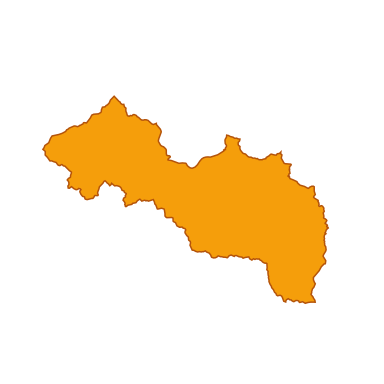 outline of Mae On, Chiang Mai, Thailand, rotated 111°
{"feature_id": "78962969B29655257456650", "entity_name": "Mae On", "entity_type": "district", "adm_level": 2, "iso_a3": "THA", "parent_name": "Thailand", "parent_adm1": "Chiang Mai", "projection": "albers", "projection_center": [99.293, 18.727], "detail": "fine", "context": "isolated", "style": "filled", "palette": "amber", "viewbox_px": 384, "rotation_deg": 111, "n_neighbors": 0, "source": "geoboundaries", "source_scale": "gbopen_adm2", "svg_char_len": 6038}
<svg xmlns="http://www.w3.org/2000/svg" viewBox="0 0 384 384"><g transform="rotate(111 192 192)"><path d="M130.5,299.0L135.4,301.1L138.6,301.2L141.0,302.2L141.9,303.1L143.6,303.7L144.9,306.0L147.9,306.0L149.3,305.5L150.4,305.6L152.5,307.3L154.6,311.6L156.1,313.1L159.5,313.5L165.3,315.2L165.9,317.7L166.3,318.1L167.8,318.3L168.6,319.3L169.7,320.0L170.1,320.8L171.1,321.3L172.0,322.2L172.2,324.4L172.6,325.7L176.4,329.6L177.7,330.2L178.9,331.3L180.8,331.7L183.7,334.2L186.0,336.9L189.8,342.7L192.5,343.3L197.4,343.4L201.3,346.0L203.7,346.0L205.6,346.5L206.4,344.2L206.8,343.5L210.1,342.3L211.5,339.3L213.9,335.8L213.2,334.1L213.3,332.2L213.1,329.5L214.8,326.9L214.9,325.7L214.7,324.8L213.2,323.7L213.0,323.0L213.7,321.4L213.4,319.9L216.0,314.1L216.6,311.7L217.6,311.4L220.1,311.3L221.7,310.8L222.7,311.4L223.5,312.2L225.5,312.8L226.4,311.1L227.6,310.2L229.3,309.6L230.9,310.0L232.7,309.0L232.4,307.8L230.2,306.4L231.2,303.5L231.4,301.1L231.1,300.4L230.3,299.5L229.3,299.1L229.1,297.4L229.6,296.5L230.9,296.9L232.0,296.8L234.0,294.8L235.3,292.6L235.1,290.6L236.5,289.6L236.9,289.1L236.7,287.2L236.3,286.6L234.0,283.4L233.5,282.2L231.9,281.7L230.5,281.6L230.0,281.3L229.3,279.0L228.9,278.5L228.2,278.6L227.1,279.6L225.8,280.0L222.7,280.0L220.4,280.3L215.7,278.3L213.7,278.0L212.7,277.2L213.5,275.2L214.1,274.3L214.3,273.1L215.6,271.0L214.1,270.2L212.7,270.2L214.0,266.4L213.0,264.5L212.8,262.1L213.1,260.6L213.8,259.5L215.5,257.9L215.4,255.9L216.6,254.9L217.0,252.9L217.4,252.7L219.3,253.0L220.4,252.3L222.3,253.6L224.4,253.4L225.2,251.8L226.5,250.4L228.0,250.2L228.4,249.4L229.3,249.1L229.4,248.8L229.1,248.1L227.3,247.1L225.1,243.7L223.9,243.4L222.1,240.5L219.8,239.9L217.5,238.3L217.4,237.9L218.5,235.6L216.7,233.4L216.6,232.6L216.8,231.8L216.1,231.1L216.1,229.3L212.9,225.4L214.7,223.6L216.5,222.4L217.2,221.0L220.2,218.4L220.2,217.8L218.1,214.7L217.9,212.1L218.1,211.7L221.8,209.5L224.1,208.6L224.8,207.4L225.0,206.3L223.1,201.9L223.0,200.7L223.5,200.2L226.0,199.2L226.3,198.6L226.5,196.4L229.0,193.9L229.4,191.0L228.3,188.7L228.4,188.1L228.9,187.5L228.7,185.4L229.6,184.2L231.1,184.4L232.6,183.9L234.6,181.2L235.2,179.5L236.0,178.9L237.6,178.2L238.2,177.7L238.7,176.1L238.9,175.8L240.1,175.1L242.4,174.8L246.2,171.0L245.8,169.4L246.1,167.3L246.0,165.3L245.0,163.7L244.6,161.8L243.9,160.8L243.7,160.0L242.2,158.4L242.8,156.9L242.9,154.0L244.2,151.9L245.6,150.7L245.9,150.2L245.8,148.2L245.0,146.6L243.8,145.4L242.9,145.1L242.2,144.5L242.2,142.3L241.7,140.8L241.6,139.4L240.9,137.3L240.8,135.6L240.5,135.3L238.2,134.5L236.8,132.9L237.0,129.5L236.1,129.2L235.4,127.8L235.6,125.0L234.9,122.0L235.5,120.6L234.2,119.1L232.2,115.7L233.7,114.2L234.1,111.7L232.3,110.7L232.4,109.1L231.3,107.9L231.0,106.3L230.4,105.3L231.2,104.0L231.2,102.6L232.0,101.1L232.3,99.8L232.3,98.4L231.8,97.1L232.0,96.4L235.8,94.7L237.7,94.3L238.9,92.4L240.1,92.2L242.5,91.0L243.1,90.3L244.5,90.0L246.7,88.5L248.1,88.0L250.3,85.9L251.5,84.2L252.8,83.3L254.0,81.0L256.0,79.0L256.6,77.3L257.9,76.2L258.2,74.9L256.8,72.7L257.0,71.1L258.1,69.8L261.1,67.2L261.1,65.1L259.8,65.4L258.6,65.1L257.1,63.9L257.6,62.0L257.2,60.7L257.7,59.9L258.0,58.1L257.8,57.5L256.0,56.1L255.5,54.5L255.5,53.4L256.3,52.6L256.5,51.8L254.8,49.4L255.3,46.4L253.5,44.0L252.2,41.6L250.7,37.5L249.0,38.5L247.6,40.5L246.7,41.3L245.1,44.0L244.6,44.3L243.3,44.1L242.1,44.6L239.1,44.8L237.4,44.1L233.5,44.0L232.2,45.6L230.4,47.2L228.3,48.0L220.0,45.1L215.5,44.5L211.8,42.9L211.3,41.9L210.8,41.9L208.2,42.5L205.1,46.5L204.6,46.7L203.3,46.7L199.4,46.0L197.9,46.1L195.1,47.6L194.2,49.0L192.3,49.8L191.7,50.3L190.4,50.5L189.8,51.5L188.1,51.5L186.8,52.5L185.1,52.8L184.2,52.8L183.0,52.0L182.7,53.1L182.4,53.2L181.6,52.9L179.4,53.1L178.6,52.7L177.6,52.6L176.8,51.9L176.2,52.4L176.3,53.4L176.0,53.9L175.5,54.0L174.8,53.6L174.5,53.8L174.0,54.7L173.7,56.4L172.9,56.5L171.6,56.0L170.3,55.9L169.7,56.7L169.2,58.6L169.2,59.5L168.9,59.9L167.3,60.2L164.5,62.0L162.6,61.6L161.1,62.8L159.8,63.1L158.6,64.8L158.3,66.0L158.7,66.8L159.7,67.5L159.6,68.6L159.3,68.8L157.8,69.0L157.3,69.5L156.6,69.8L155.7,71.0L155.0,71.0L154.6,71.3L153.9,75.3L153.4,76.5L152.5,76.7L150.2,76.0L147.4,78.2L143.3,79.8L143.1,80.7L143.7,82.3L145.4,83.9L146.8,84.5L147.0,85.1L146.5,89.0L146.9,93.6L145.9,96.3L144.7,97.8L144.4,102.1L144.4,105.2L143.3,106.4L143.0,107.4L142.6,106.9L142.1,107.8L141.8,107.4L140.6,108.0L139.5,107.2L136.8,108.8L136.3,108.8L136.3,109.2L134.6,109.5L133.4,110.0L131.8,109.2L130.8,109.3L130.6,109.8L132.2,115.2L132.1,116.4L128.4,120.8L125.2,121.3L125.0,121.5L124.8,122.5L123.8,123.2L122.9,123.4L124.7,124.2L125.7,126.1L127.4,126.6L127.9,128.4L128.2,131.5L128.6,132.1L130.7,133.1L133.2,135.1L134.4,135.0L136.0,137.5L136.7,138.0L137.7,140.7L137.8,141.7L137.3,142.9L137.9,144.0L137.8,145.5L138.6,147.2L138.3,149.3L139.0,151.1L138.8,152.6L137.4,155.6L137.6,157.7L137.4,158.7L135.6,161.7L134.1,163.0L132.3,163.5L131.8,165.2L130.8,166.1L129.1,166.6L127.2,165.9L125.4,166.2L125.9,168.1L125.7,169.6L126.6,171.4L126.1,173.3L126.5,176.2L126.2,178.1L126.5,180.0L128.4,179.5L131.0,179.9L132.3,179.6L134.9,178.3L136.0,176.7L136.4,176.4L137.3,176.2L139.2,176.6L140.4,176.0L140.9,177.2L141.4,177.4L141.7,176.9L142.4,177.1L148.0,181.3L152.9,187.4L153.5,189.6L154.4,191.5L155.8,193.4L157.5,194.7L160.2,195.7L164.7,196.7L167.7,198.1L169.8,200.4L170.1,202.4L169.9,203.4L169.2,205.6L167.5,207.7L167.4,208.2L168.3,211.4L169.9,214.5L170.0,222.4L170.6,225.3L170.6,226.0L169.5,226.1L167.4,224.9L166.6,225.1L166.3,225.9L166.8,228.0L166.6,228.9L165.4,229.7L162.4,230.9L161.6,231.4L161.0,232.3L160.0,234.7L160.0,236.8L159.6,238.1L157.0,241.3L156.1,241.8L154.1,242.1L147.4,242.2L146.4,242.5L144.7,244.1L142.0,249.0L141.5,249.6L140.7,249.9L142.8,252.2L142.8,254.0L140.9,258.7L141.0,260.6L141.6,262.3L142.2,262.9L142.8,264.4L142.7,265.7L141.5,268.6L141.3,270.5L140.5,271.2L140.4,273.5L140.8,274.6L142.4,275.4L142.6,276.8L143.8,277.8L143.9,279.3L143.4,280.1L141.2,281.7L140.6,282.5L138.9,283.3L137.4,283.7L136.7,285.6L134.6,287.1L135.3,288.5L134.8,290.4L133.8,291.3L133.6,292.6L130.5,299.0Z" fill="#f59e0b" stroke="#b45309" stroke-width="1.5"/></g></svg>